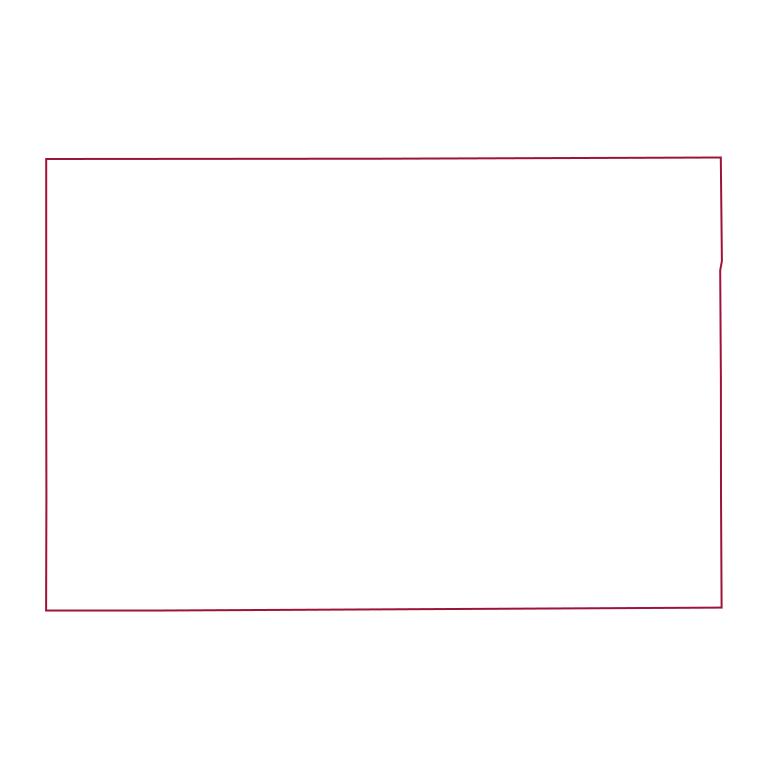 the district of Kingman, Kansas, United States of America
{"feature_id": "52423323B43216783054971", "entity_name": "Kingman", "entity_type": "district", "adm_level": 2, "iso_a3": "USA", "parent_name": "United States of America", "parent_adm1": "Kansas", "projection": "mercator", "projection_center": [-98.077, 37.559], "detail": "fine", "context": "isolated", "style": "outline", "palette": "rose", "viewbox_px": 768, "rotation_deg": 0, "n_neighbors": 0, "source": "geoboundaries", "source_scale": "gbopen_adm2", "svg_char_len": 279}
<svg xmlns="http://www.w3.org/2000/svg" viewBox="0 0 768 768"><path d="M721.6,607.6L721.0,494.0L720.9,380.6L720.2,270.4L721.9,261.0L720.8,157.5L383.6,158.7L46.2,159.0L46.2,385.6L46.4,498.1L46.1,610.5L164.3,610.5L721.6,607.6Z" fill="none" stroke="#9f1239" stroke-width="2"/></svg>